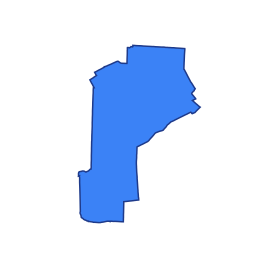 the district of Phuoc Long, Bạc Liêu, Vietnam, rotated 315°
{"feature_id": "81297802B5473399388769", "entity_name": "Phuoc Long", "entity_type": "district", "adm_level": 2, "iso_a3": "VNM", "parent_name": "Vietnam", "parent_adm1": "Bạc Liêu", "projection": "mercator", "projection_center": [105.424, 9.386], "detail": "fine", "context": "isolated", "style": "filled", "palette": "blue", "viewbox_px": 256, "rotation_deg": 315, "n_neighbors": 0, "source": "geoboundaries", "source_scale": "gbopen_adm2", "svg_char_len": 5624}
<svg xmlns="http://www.w3.org/2000/svg" viewBox="0 0 256 256"><g transform="rotate(315 128 128)"><path d="M186.3,164.4L188.1,164.3L189.2,164.3L190.3,164.3L192.4,164.3L193.4,164.3L193.8,164.3L193.7,163.8L193.6,163.3L193.6,162.8L193.5,162.3L193.4,160.0L193.3,159.5L193.1,155.4L193.0,154.1L195.7,155.0L196.1,155.2L196.5,155.3L196.7,154.5L196.8,153.0L196.8,152.6L196.9,152.4L197.0,151.6L197.0,150.6L197.1,150.4L197.2,149.1L197.3,148.9L197.5,148.6L198.2,148.4L198.3,148.4L198.9,148.4L199.4,148.3L200.2,148.3L200.4,148.3L200.7,148.4L201.0,148.4L201.4,148.3L201.5,148.2L202.0,147.9L202.3,147.8L202.6,147.8L202.9,147.9L203.0,147.9L203.3,147.8L203.6,146.0L204.3,143.2L204.4,142.6L204.5,142.3L204.8,140.9L204.9,139.9L204.9,139.7L205.0,139.5L205.3,138.6L207.0,133.1L207.4,132.0L207.6,131.3L207.7,131.0L207.7,130.9L207.9,130.5L208.2,129.4L209.2,126.2L209.1,125.9L212.0,123.2L213.0,122.3L213.7,121.6L215.4,120.1L219.4,116.4L220.3,115.6L224.0,112.4L224.3,112.0L223.5,111.1L223.2,110.7L222.7,110.2L222.3,109.8L222.0,109.3L221.1,108.3L218.2,105.0L217.4,104.0L217.1,103.6L216.7,103.2L215.9,102.4L214.7,101.0L213.5,99.7L212.7,98.7L211.8,97.8L211.4,97.3L211.1,96.9L210.8,96.4L210.4,96.0L209.3,94.9L207.6,93.0L206.0,91.2L204.9,90.0L204.6,89.6L204.1,89.0L203.7,88.5L202.8,87.6L202.0,86.7L201.2,85.8L196.8,80.9L196.4,80.4L196.0,79.9L194.6,78.3L194.1,77.8L192.3,75.8L191.8,75.3L191.4,74.7L190.4,73.6L189.9,73.0L189.6,73.3L189.3,73.6L189.1,73.8L188.9,73.9L188.7,73.9L188.5,73.7L188.3,73.3L188.1,73.1L187.9,72.9L187.7,72.6L186.7,72.6L186.3,72.5L186.1,72.4L185.7,72.3L185.6,72.1L185.5,71.9L185.4,71.7L185.2,71.5L185.1,71.3L184.7,70.9L184.5,70.7L184.3,70.8L183.5,71.6L183.2,72.0L182.5,72.5L181.1,73.9L180.5,74.5L178.8,76.1L177.4,77.4L176.0,78.7L173.6,81.0L172.9,81.6L172.4,81.1L171.6,80.2L171.0,79.6L170.4,78.9L169.9,78.4L169.4,77.9L168.9,77.1L168.7,76.7L168.6,76.4L168.3,74.3L168.2,73.9L168.1,73.7L167.7,73.4L167.2,73.1L166.5,72.8L164.9,72.2L163.6,71.7L162.8,71.4L161.9,71.1L161.1,70.8L158.2,69.6L156.3,68.9L155.6,68.5L155.4,68.4L155.0,68.3L154.6,67.9L154.3,68.2L152.8,67.8L149.7,66.9L149.0,66.6L148.0,66.3L146.6,65.9L145.5,65.6L143.8,65.0L143.1,67.3L142.9,68.0L142.8,68.4L142.8,68.6L140.0,68.0L139.0,67.9L135.1,67.0L133.9,70.8L133.7,71.8L133.0,73.9L132.5,75.6L131.9,75.1L130.1,76.7L129.6,77.2L128.2,78.6L126.6,80.0L122.2,84.1L121.3,84.9L118.7,87.4L114.9,90.9L113.0,92.8L111.4,94.3L110.4,95.2L107.8,97.7L106.6,98.8L105.1,100.3L103.7,101.7L101.0,104.2L100.1,105.0L99.3,105.8L98.3,106.7L97.4,107.5L93.5,111.3L92.7,111.9L89.7,114.8L88.0,116.4L87.0,117.4L86.0,118.4L82.8,121.4L79.6,124.6L77.3,126.7L76.9,127.1L75.6,128.3L75.0,129.0L73.7,130.2L73.2,130.5L72.8,130.9L72.5,130.7L72.3,130.5L72.0,130.4L71.3,130.4L70.9,130.4L70.4,130.4L69.7,130.4L69.1,130.2L68.8,130.0L68.2,129.8L68.0,129.7L67.7,129.6L67.3,129.5L67.2,129.4L67.0,129.2L66.9,129.0L66.8,128.6L66.7,128.1L66.5,127.6L66.3,127.3L66.0,126.9L65.7,126.5L65.2,126.1L64.9,125.9L64.1,125.6L63.9,125.3L63.5,125.1L62.8,124.6L62.6,124.5L62.3,124.5L61.9,124.5L61.0,125.0L60.7,125.3L59.6,126.4L59.3,126.7L58.9,127.0L59.8,127.5L59.6,127.6L58.6,129.0L55.3,132.3L51.5,136.4L43.6,144.7L35.6,153.0L35.2,153.4L34.7,153.6L33.9,154.3L33.5,155.1L33.3,155.7L32.9,156.6L32.5,157.2L31.9,157.9L31.7,158.3L31.7,158.5L31.8,158.9L32.0,159.3L32.1,159.7L32.1,160.6L32.1,161.2L32.3,162.1L32.5,162.6L32.6,162.8L32.9,163.2L33.3,164.8L33.7,165.2L33.9,165.3L33.9,165.5L34.0,165.6L33.9,165.8L33.8,166.0L34.1,166.4L34.3,166.5L34.6,166.8L34.8,167.2L36.4,169.3L36.6,169.6L36.7,170.0L36.9,170.2L37.2,170.6L37.4,170.8L37.6,170.9L37.7,171.0L37.8,171.1L38.1,171.5L40.4,174.2L41.4,175.2L42.7,176.0L43.7,176.8L45.5,178.0L46.0,178.3L47.2,179.1L47.8,179.6L49.2,181.1L49.1,181.4L49.1,181.5L49.3,181.7L49.5,181.7L50.1,181.8L50.2,182.0L51.7,183.8L52.1,184.2L52.5,184.5L54.5,186.7L55.9,188.3L57.3,189.9L58.4,191.0L59.0,190.4L59.8,189.7L60.7,188.8L61.5,188.1L62.7,186.9L63.2,186.4L63.9,185.7L64.7,185.0L71.6,178.4L72.0,178.0L72.9,177.1L73.1,177.3L73.8,177.8L74.6,178.5L75.1,178.9L77.5,180.8L78.6,181.7L79.5,182.4L81.0,183.6L81.5,183.9L82.3,184.6L82.9,185.0L84.2,186.1L84.7,186.5L85.5,185.6L86.1,184.9L86.3,184.6L86.5,184.2L87.3,183.3L87.7,182.9L88.7,181.7L90.2,179.9L91.0,179.1L91.8,178.1L92.5,177.3L93.2,176.5L94.8,174.7L95.5,173.9L96.2,173.1L97.6,171.5L98.6,170.3L99.8,169.1L100.9,167.8L101.4,167.2L102.5,165.9L103.0,165.3L104.2,164.0L105.3,162.8L106.4,161.6L107.0,161.0L107.5,160.4L107.9,160.0L108.3,159.5L109.1,158.7L110.0,157.8L110.9,157.0L113.0,155.2L114.5,153.7L115.2,153.0L115.8,152.6L117.4,151.1L117.9,150.6L118.5,150.1L118.8,149.8L119.3,149.3L119.9,148.8L120.2,148.5L120.9,147.8L121.3,147.9L121.5,147.9L121.9,148.0L123.2,148.5L123.8,148.7L125.2,149.1L125.9,149.4L127.0,149.8L129.9,150.7L130.4,150.9L130.9,151.0L131.7,151.3L132.2,151.5L132.7,151.5L133.4,151.6L134.2,151.6L134.7,151.5L135.1,151.4L136.4,151.4L136.7,151.4L137.1,151.3L138.5,151.3L138.9,151.3L139.3,151.2L140.5,151.2L140.9,151.1L141.2,151.1L142.1,151.0L142.8,150.9L143.8,150.9L144.2,151.0L144.5,151.1L144.9,151.3L145.9,151.7L147.0,152.2L147.5,152.4L148.6,153.0L149.5,153.5L150.0,153.9L151.2,154.3L151.3,154.4L151.5,154.4L151.8,154.4L152.3,154.3L153.8,154.2L154.9,154.2L156.0,154.1L156.4,154.0L157.1,153.8L157.6,153.7L158.1,153.7L158.5,153.7L159.5,153.9L160.6,153.9L161.5,154.0L162.3,154.0L162.6,154.0L165.6,155.2L166.2,155.3L167.3,155.7L167.5,155.7L168.5,156.1L169.1,156.3L169.5,156.4L171.0,156.9L171.6,157.1L172.2,157.3L175.1,158.3L177.5,159.1L178.3,159.4L178.6,159.5L179.1,159.7L179.5,159.9L180.1,160.0L183.6,161.2L183.6,162.3L183.5,162.6L183.4,162.9L183.5,163.1L184.1,163.3L184.0,163.5L185.6,164.1L186.3,164.4Z" fill="#3b82f6" stroke="#1e3a8a" stroke-width="1.5"/></g></svg>